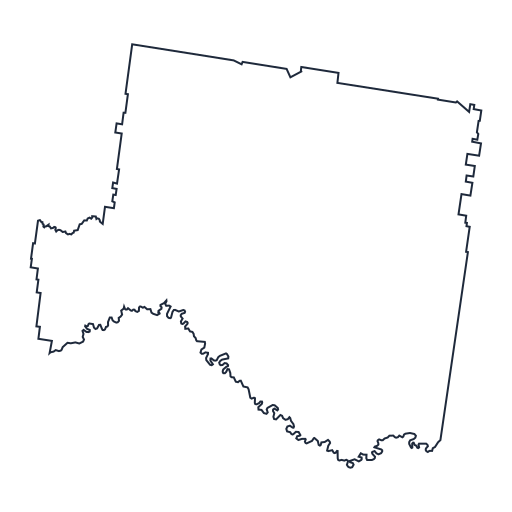 the district of Berrigan, New South Wales, Australia
{"feature_id": "25037944B79892386490083", "entity_name": "Berrigan", "entity_type": "district", "adm_level": 2, "iso_a3": "AUS", "parent_name": "Australia", "parent_adm1": "New South Wales", "projection": "equal_earth", "projection_center": [145.601, -35.752], "detail": "fine", "context": "isolated", "style": "outline", "palette": "slate", "viewbox_px": 512, "rotation_deg": 0, "n_neighbors": 0, "source": "geoboundaries", "source_scale": "gbopen_adm2", "svg_char_len": 6015}
<svg xmlns="http://www.w3.org/2000/svg" viewBox="0 0 512 512"><path d="M132.2,44.3L125.5,93.8L127.9,94.2L125.4,112.8L123.6,112.7L122.1,124.3L116.6,123.4L115.3,132.5L121.7,133.5L116.9,169.0L119.1,169.4L117.0,183.6L113.1,182.5L112.3,188.1L116.6,188.9L115.7,195.0L113.3,194.6L112.3,201.3L114.7,202.4L113.9,208.2L105.0,206.8L102.7,223.9L99.9,221.6L99.8,220.3L98.9,218.8L97.1,218.3L96.4,218.9L95.8,216.5L92.2,216.2L92.2,217.6L91.2,218.7L89.6,217.6L87.7,218.5L86.8,220.5L84.2,220.4L81.7,223.9L79.7,224.3L77.7,230.1L74.1,230.7L73.7,232.6L72.5,233.1L71.3,234.4L69.6,233.9L67.9,234.4L66.0,233.1L65.4,231.5L62.7,232.0L60.5,230.2L58.9,229.8L57.4,230.3L56.2,231.5L55.3,229.8L55.8,228.0L55.4,227.2L54.2,226.9L53.1,227.9L51.0,228.4L49.8,226.5L48.3,226.1L48.5,224.7L45.9,226.5L44.8,226.4L44.2,227.3L43.4,226.6L43.6,224.5L42.6,223.8L42.4,222.1L41.4,222.1L39.9,220.1L38.0,220.7L34.9,243.5L33.1,243.2L31.0,258.7L31.9,258.8L30.7,267.3L37.9,268.5L36.5,279.4L38.4,279.7L36.7,292.4L40.6,293.0L36.4,326.4L39.9,326.8L38.4,338.8L51.9,340.9L49.6,353.1L50.5,352.3L53.6,351.6L55.7,350.1L58.9,351.1L60.8,350.6L61.6,349.8L62.7,347.1L67.5,342.8L70.8,343.3L75.4,342.4L79.3,343.5L83.1,341.6L84.0,339.5L82.7,336.9L83.5,333.9L82.5,330.9L83.6,329.9L86.4,331.9L88.5,332.1L89.7,331.5L89.8,330.0L87.0,328.8L85.1,326.3L85.3,325.6L86.6,326.3L87.8,326.0L88.6,324.0L89.3,323.5L93.0,324.1L94.0,327.6L95.5,329.0L97.1,328.4L99.0,324.9L100.3,324.8L102.1,329.2L102.6,330.0L103.9,330.1L105.0,329.4L106.0,326.9L107.4,326.5L108.1,325.4L108.0,322.1L109.8,317.5L111.6,317.5L112.6,320.3L113.9,321.5L116.3,322.6L117.7,322.3L119.0,320.8L118.7,317.9L120.6,316.6L122.1,314.6L121.2,310.6L123.7,308.6L124.1,306.7L125.0,309.0L125.7,309.5L126.9,309.5L128.0,308.2L130.8,310.5L131.9,310.8L133.3,309.6L134.5,309.7L135.4,311.1L137.3,311.9L138.9,310.9L139.0,307.7L139.7,306.6L140.7,306.5L142.9,307.7L144.4,306.9L147.2,309.3L150.4,309.1L151.5,312.6L153.2,313.8L157.1,315.1L159.6,313.6L159.2,312.5L158.7,312.5L159.0,313.5L158.3,312.6L158.5,310.8L161.4,308.8L161.6,307.3L160.4,306.0L160.5,304.9L164.0,303.1L166.4,300.4L166.5,301.2L165.2,303.8L166.2,305.8L169.1,305.6L170.6,306.5L167.0,313.9L167.1,316.2L168.5,317.8L170.1,318.2L171.0,317.7L172.5,311.9L173.8,310.0L175.1,309.9L178.8,311.5L183.3,310.0L184.6,310.5L185.1,311.8L184.6,312.9L181.7,313.8L180.7,315.2L180.8,316.4L182.6,318.6L180.9,321.4L181.3,323.5L182.4,324.0L183.4,323.6L185.5,321.4L187.2,322.0L187.7,323.0L187.4,323.9L185.1,326.5L185.3,328.8L188.3,328.5L190.0,331.4L192.4,331.9L193.6,333.8L194.0,336.3L195.6,338.0L196.3,340.4L197.0,341.2L204.8,341.9L205.1,343.6L204.3,347.6L201.4,349.5L200.5,352.6L201.8,353.8L203.2,353.7L205.4,352.4L208.0,352.8L208.0,354.1L206.1,358.0L206.3,360.1L210.1,364.8L211.7,365.2L212.9,364.3L210.4,360.6L210.5,358.5L211.4,358.4L214.0,360.5L215.7,360.6L216.7,360.2L218.3,357.1L220.0,355.8L226.0,353.4L226.9,354.0L228.4,356.5L228.2,358.4L222.1,359.6L220.3,360.9L219.2,362.6L219.8,364.5L220.7,365.2L222.5,365.0L224.6,363.1L226.6,363.4L228.1,365.1L227.9,366.2L226.3,366.8L223.2,369.5L222.7,371.2L222.9,372.6L223.4,373.2L224.9,373.2L226.2,371.9L227.5,369.1L229.0,369.3L230.3,373.0L230.5,376.3L231.5,377.2L233.8,377.4L235.8,381.7L238.0,382.2L239.6,380.8L240.8,380.7L243.4,386.5L247.6,387.4L248.6,389.3L250.3,397.7L251.6,398.6L254.0,397.7L255.0,398.2L254.8,402.9L255.3,404.1L256.7,404.3L259.1,403.1L260.4,401.5L262.0,401.6L262.2,402.5L261.8,403.9L258.3,407.2L258.5,409.6L261.5,409.9L263.9,413.1L266.5,413.8L267.7,412.4L266.7,409.4L267.5,407.9L272.7,405.0L274.7,405.3L277.8,408.0L278.1,409.5L277.3,410.4L274.4,408.6L273.1,409.5L273.0,411.0L274.3,413.2L273.4,416.8L274.1,419.0L276.1,419.4L280.4,415.0L282.1,415.8L283.1,418.2L285.5,419.8L287.8,419.2L289.4,417.2L290.2,418.0L291.0,420.9L293.4,424.1L294.0,426.6L293.5,427.7L292.6,427.6L289.9,425.7L287.4,426.5L286.3,428.9L287.1,431.4L290.2,432.2L291.3,433.9L292.4,434.5L293.3,434.2L295.9,431.8L298.6,432.0L300.4,435.1L299.9,435.7L297.2,436.2L296.3,438.4L298.4,440.0L301.9,438.9L305.4,438.9L305.7,439.4L304.9,441.7L305.6,443.0L306.6,443.4L312.0,440.9L313.8,438.2L314.4,438.0L317.8,441.0L318.7,444.9L319.9,445.6L320.7,445.0L321.4,442.4L324.7,442.0L328.0,439.9L329.7,441.6L330.1,443.0L328.3,445.7L327.1,450.6L328.3,451.1L332.2,450.2L333.7,452.7L334.5,453.1L335.6,452.8L337.0,450.9L337.6,451.0L337.7,458.3L338.1,459.8L339.3,460.5L341.6,459.9L344.3,460.6L346.3,459.8L347.8,460.6L348.1,461.2L346.9,464.8L348.0,466.6L349.1,467.3L350.5,467.7L352.2,467.2L353.6,464.7L352.8,463.1L350.1,462.2L350.0,460.9L354.6,459.3L358.8,461.4L361.3,459.9L361.7,459.1L361.6,457.5L358.7,456.7L360.8,453.3L363.2,454.6L366.5,454.7L366.3,458.2L367.1,460.0L371.9,460.0L373.9,459.1L374.8,458.1L375.0,456.7L372.5,454.0L372.0,452.7L372.3,451.9L374.6,451.1L376.5,453.4L378.5,454.3L381.1,453.2L382.2,451.5L382.2,450.3L381.4,449.5L374.4,447.3L374.8,446.6L377.2,445.8L378.4,444.6L378.3,443.1L377.5,441.1L377.8,440.3L379.1,439.4L381.5,440.3L382.8,440.2L384.6,438.5L387.7,437.5L389.4,435.7L393.3,435.6L394.9,437.2L396.1,437.7L397.9,437.2L399.3,435.6L402.4,437.3L403.3,436.6L404.0,434.6L405.4,433.7L410.0,433.0L414.4,434.0L415.9,435.8L415.3,437.7L413.8,439.0L410.2,440.3L409.2,442.1L409.2,443.9L411.0,447.5L411.7,448.0L412.3,447.6L412.2,443.6L413.1,442.6L413.7,442.7L414.7,445.0L416.2,445.6L417.3,447.7L418.2,448.1L419.1,447.4L418.5,444.6L419.0,443.7L426.2,443.7L427.5,444.9L427.9,446.2L425.9,448.5L425.7,449.9L426.4,451.2L427.8,452.0L429.4,450.9L432.1,450.9L432.8,448.2L435.0,447.0L438.1,442.2L440.4,440.1L467.9,252.1L466.1,251.8L469.7,226.8L466.5,226.2L466.9,222.9L465.3,222.7L466.2,215.7L458.5,214.4L461.5,194.1L470.4,195.6L472.4,182.8L465.8,181.6L466.6,175.5L473.3,176.5L474.8,166.0L465.8,164.6L467.4,153.9L479.1,155.7L481.0,143.4L472.2,141.7L472.6,138.8L477.3,139.7L478.3,134.0L476.9,132.3L478.6,120.9L479.8,120.8L481.3,110.5L473.7,109.1L474.3,104.9L470.3,104.2L469.1,111.9L457.1,101.4L455.9,102.5L437.9,99.6L438.0,98.7L337.4,82.9L338.5,72.9L301.3,67.0L300.9,70.5L301.3,71.5L290.4,77.3L286.6,68.9L242.6,61.9L241.6,64.3L233.7,60.4L132.2,44.3Z" fill="none" stroke="#1e293b" stroke-width="2"/></svg>